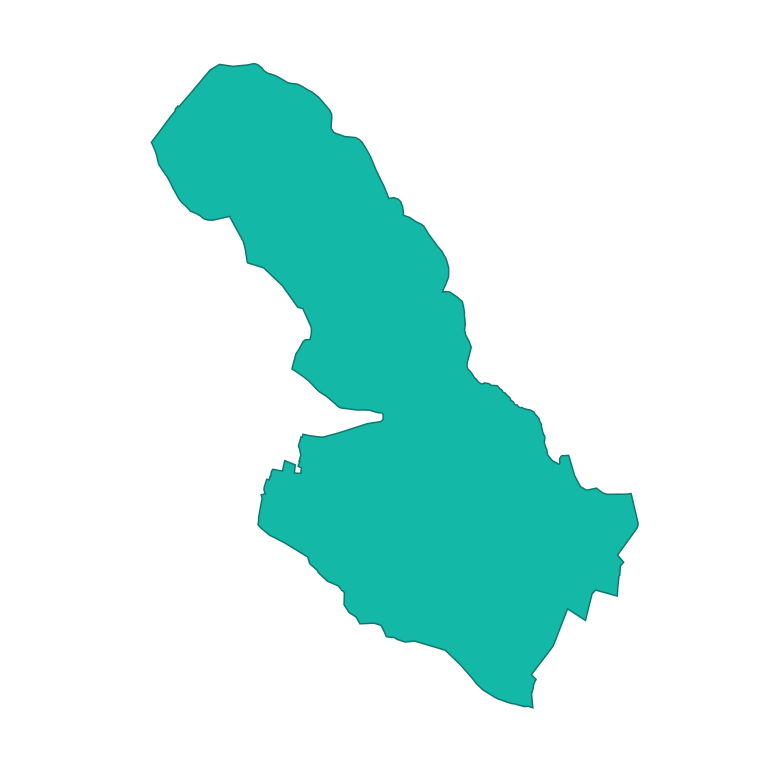 the district of Titesti, Arges, Romania, rotated 282°
{"feature_id": "2599482B73209065312758", "entity_name": "Titesti", "entity_type": "district", "adm_level": 2, "iso_a3": "ROU", "parent_name": "Romania", "parent_adm1": "Arges", "projection": "equal_earth", "projection_center": [24.984, 45.011], "detail": "fine", "context": "isolated", "style": "filled", "palette": "teal", "viewbox_px": 768, "rotation_deg": 282, "n_neighbors": 0, "source": "geoboundaries", "source_scale": "gbopen_adm2", "svg_char_len": 5621}
<svg xmlns="http://www.w3.org/2000/svg" viewBox="0 0 768 768"><g transform="rotate(282 384 384)"><path d="M352.6,579.5L351.8,576.7L351.3,574.9L351.0,573.3L350.2,572.3L349.0,571.9L348.4,571.6L347.8,571.4L347.2,571.4L345.4,571.7L344.6,572.2L343.4,572.4L342.3,572.2L342.0,571.7L341.9,571.1L342.5,569.7L343.1,568.0L343.6,565.9L344.2,564.3L345.5,562.7L346.8,561.1L348.1,559.5L349.1,558.7L350.4,558.1L352.8,557.1L353.6,556.9L354.9,556.0L355.8,555.3L356.7,554.7L358.9,553.5L360.8,552.9L361.5,552.9L364.6,552.6L366.6,551.9L367.3,551.0L368.0,550.5L370.2,549.2L375.0,546.9L377.0,546.5L377.9,545.8L380.1,543.9L382.3,542.9L384.5,540.2L385.9,538.0L387.6,536.7L388.2,535.4L388.4,534.1L388.8,533.1L389.1,531.8L388.8,530.0L388.9,529.2L389.0,528.2L389.0,527.2L388.9,526.2L389.3,525.1L389.6,524.3L389.4,523.0L389.3,522.0L389.4,521.0L389.6,520.5L390.0,519.8L390.3,519.4L391.1,518.6L391.0,517.0L391.4,516.2L392.4,515.0L393.4,514.2L393.8,513.5L394.2,511.7L395.3,511.0L396.4,510.3L396.9,509.7L397.7,508.2L398.4,506.9L399.4,505.6L400.4,504.1L400.6,503.4L400.6,502.8L400.7,502.2L400.9,501.9L402.1,500.9L403.0,500.0L403.1,499.4L403.2,498.8L403.5,498.2L404.4,497.2L405.9,495.0L405.1,489.8L405.2,488.3L406.2,486.8L405.9,482.1L404.9,480.8L404.3,479.6L404.5,478.5L405.5,476.0L406.5,474.8L407.6,473.7L408.9,471.3L410.7,469.5L412.1,468.1L413.2,467.0L414.1,465.9L414.9,464.8L415.9,463.2L416.3,462.7L417.5,462.1L419.7,461.2L422.5,460.9L431.4,461.5L438.1,461.7L444.0,457.9L445.4,456.6L447.1,455.2L448.5,454.0L449.6,453.4L451.8,452.6L453.1,451.6L458.7,451.2L459.8,450.9L462.5,450.2L466.0,449.0L467.5,448.5L470.8,447.8L473.3,446.9L479.7,444.1L480.8,443.5L481.5,442.7L481.7,442.1L482.0,441.5L482.3,440.8L482.6,440.1L483.8,438.6L484.6,436.7L486.0,433.1L486.7,431.5L487.6,429.1L487.6,428.0L487.5,427.0L487.0,424.7L486.7,423.4L486.1,422.1L489.6,422.5L493.9,423.6L497.7,424.2L502.2,424.9L506.6,424.0L511.1,423.1L512.5,422.4L515.6,420.8L519.6,418.5L525.5,413.3L528.1,410.1L529.8,407.8L532.5,404.9L535.5,401.4L539.6,396.8L543.5,393.1L546.8,390.0L548.1,387.2L548.4,385.6L549.5,381.1L550.5,378.9L552.2,374.7L553.1,367.9L556.1,367.2L561.2,365.4L565.9,362.4L567.8,359.1L568.3,354.8L566.5,350.0L570.0,347.9L577.8,342.6L583.5,338.0L591.4,331.9L602.6,324.2L606.0,321.5L612.1,316.0L615.9,312.3L618.0,309.0L619.1,304.8L617.9,294.1L618.7,288.0L619.1,285.0L619.7,282.4L623.1,279.1L628.4,278.2L630.1,278.0L633.7,277.6L637.3,276.5L640.4,274.1L643.9,269.7L651.0,260.2L653.3,255.6L654.8,252.4L655.9,247.8L657.9,242.6L659.1,238.2L659.3,236.0L658.9,232.5L658.7,229.8L658.7,227.3L658.9,226.6L659.4,225.1L660.3,222.7L660.7,221.3L661.2,219.8L662.4,216.3L663.2,212.5L663.8,206.6L664.0,204.8L665.8,201.0L667.5,199.2L668.7,197.0L669.9,194.7L670.1,193.8L670.4,191.6L670.2,189.6L667.8,184.5L666.6,180.7L663.3,170.2L662.4,156.6L654.9,148.6L627.5,134.0L612.8,125.9L613.0,124.6L609.5,122.7L607.4,123.0L602.8,120.4L582.5,111.1L571.9,106.2L570.7,107.2L568.3,109.0L566.7,110.2L565.1,111.3L563.5,112.3L560.0,114.3L556.8,115.6L551.7,118.2L545.8,124.2L540.6,129.8L536.3,133.3L531.4,137.1L522.6,144.8L519.8,147.9L516.6,153.5L512.8,158.7L511.7,164.8L510.3,169.3L508.2,173.3L507.8,177.6L508.1,179.6L508.7,182.6L515.8,198.1L494.2,216.6L488.6,219.6L482.7,221.9L474.2,225.1L473.8,229.2L472.6,242.1L459.0,264.2L441.1,283.7L440.9,289.0L437.0,291.8L428.9,297.7L423.9,301.3L417.7,302.5L412.2,302.4L410.9,297.9L408.9,296.1L400.2,293.6L395.2,291.6L380.2,290.8L379.4,291.1L378.3,294.2L377.1,297.2L375.8,300.2L374.0,304.5L371.9,308.6L370.9,310.5L369.1,313.1L365.9,317.7L363.9,320.7L362.9,322.5L361.3,326.5L360.2,329.9L354.6,340.2L352.6,343.4L352.0,345.2L351.6,347.1L352.1,352.8L352.4,355.1L352.6,359.0L352.8,362.0L353.7,366.3L354.6,370.6L355.3,375.0L355.3,376.4L354.9,381.1L354.7,383.5L354.8,384.9L354.9,386.2L355.3,386.8L355.3,388.0L354.1,389.4L349.4,390.5L346.6,388.8L344.6,383.5L341.7,375.9L339.2,371.5L336.7,367.2L326.7,349.7L319.7,336.1L318.9,333.2L318.0,322.8L318.0,315.2L314.8,315.0L314.9,313.8L305.4,313.2L303.5,314.6L299.2,316.5L297.1,317.4L290.6,317.0L290.6,317.8L289.9,317.7L287.8,317.3L285.8,317.0L285.5,317.7L285.1,319.6L285.0,320.6L279.4,321.2L278.6,317.3L278.4,314.8L279.6,314.7L286.5,314.0L288.4,302.8L279.8,302.8L277.7,302.8L277.6,299.5L277.5,295.0L277.5,293.0L275.2,292.1L270.1,292.2L270.0,291.8L266.3,291.7L266.4,289.1L258.2,288.3L255.5,288.6L253.4,289.7L252.0,290.8L250.1,286.9L248.6,287.7L247.2,288.4L245.5,288.7L244.3,288.6L236.7,288.8L232.4,288.9L226.9,289.2L224.1,289.8L221.7,289.9L220.2,290.0L219.4,291.1L217.8,293.1L212.9,302.4L212.3,303.5L211.6,306.2L209.2,315.2L208.1,319.4L200.8,340.0L200.1,342.0L198.9,345.4L192.6,348.9L188.2,356.8L187.7,357.5L186.0,358.8L185.4,359.8L182.0,365.3L179.3,369.7L178.7,372.9L177.9,376.9L177.1,380.9L175.5,383.3L173.4,385.4L172.9,387.2L171.6,388.6L159.8,390.8L153.3,397.2L152.1,400.3L150.3,405.1L148.2,407.0L144.4,410.3L148.0,423.9L147.9,424.9L147.7,427.0L147.5,429.1L147.3,431.2L144.3,433.7L141.3,436.1L137.4,438.7L137.6,443.8L138.2,446.6L136.9,450.1L136.0,458.3L138.0,464.6L138.9,467.6L138.7,469.9L137.6,483.4L136.3,499.3L130.6,508.5L124.8,517.7L119.1,525.4L113.3,533.0L110.0,536.7L105.5,544.1L103.9,548.4L100.7,557.2L99.5,561.7L99.2,564.9L98.3,571.0L98.0,575.4L98.2,578.7L97.9,583.3L97.6,587.9L98.7,592.4L98.2,596.9L99.7,596.4L111.4,592.8L117.2,593.2L122.4,592.9L126.6,594.2L130.3,588.6L162.9,604.0L202.2,610.3L194.6,630.2L222.0,631.2L226.4,633.8L225.1,656.3L233.3,655.0L239.3,654.4L245.1,653.8L245.9,654.4L255.0,653.0L259.5,655.5L265.2,648.0L295.5,661.4L298.3,661.8L300.9,661.4L328.2,648.5L326.9,645.2L322.5,625.2L323.0,620.4L326.3,613.4L322.2,604.3L324.4,597.6L334.0,589.5L352.6,579.5Z" fill="#14b8a6" stroke="#0f766e" stroke-width="1.5"/></g></svg>